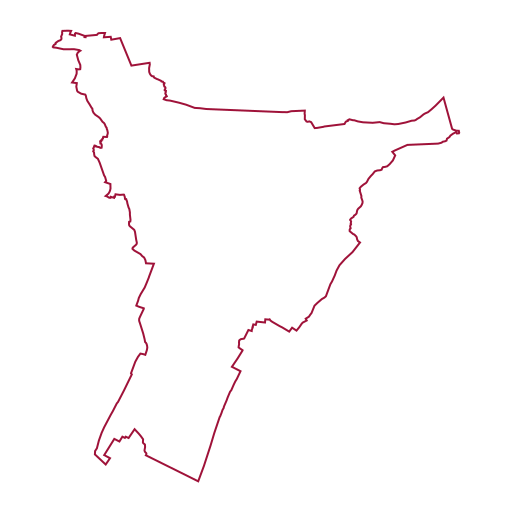 the district of Valea Mare, Dâmbovita, Romania
{"feature_id": "2599482B24926147776787", "entity_name": "Valea Mare", "entity_type": "district", "adm_level": 2, "iso_a3": "ROU", "parent_name": "Romania", "parent_adm1": "Dâmbovita", "projection": "robinson", "projection_center": [25.228, 44.784], "detail": "fine", "context": "isolated", "style": "outline", "palette": "rose", "viewbox_px": 512, "rotation_deg": 0, "n_neighbors": 0, "source": "geoboundaries", "source_scale": "gbopen_adm2", "svg_char_len": 5924}
<svg xmlns="http://www.w3.org/2000/svg" viewBox="0 0 512 512"><path d="M443.5,97.6L435.5,105.7L431.5,109.3L428.0,112.2L425.2,113.4L423.5,114.4L420.0,117.3L417.2,118.9L415.7,120.0L414.4,120.5L411.7,120.7L405.6,122.5L398.3,124.0L394.5,124.3L390.7,123.8L383.7,123.2L379.7,122.1L372.7,122.8L363.0,122.3L357.8,121.4L354.4,120.3L352.8,120.2L349.4,119.3L347.8,120.2L348.1,120.7L347.9,120.9L346.1,121.5L345.6,122.0L344.5,124.0L324.3,126.5L323.5,126.8L317.2,127.9L314.7,128.1L311.2,122.2L309.4,121.4L307.6,121.8L306.5,121.5L304.8,119.2L304.9,115.0L304.6,114.0L304.8,110.6L291.2,111.2L287.3,112.2L281.5,112.1L206.2,109.0L199.9,108.2L194.7,107.9L186.1,104.7L179.0,102.7L170.1,100.6L166.5,100.2L163.7,99.2L164.1,98.1L164.7,97.5L166.8,96.3L166.6,95.9L166.1,95.7L166.0,94.5L165.5,94.1L165.3,93.6L165.4,92.9L165.9,91.9L165.8,91.4L165.9,90.8L164.7,90.4L164.6,90.1L164.8,89.4L165.3,88.7L165.5,88.0L165.3,87.3L164.9,86.9L164.5,86.7L164.2,86.2L164.1,85.2L163.8,84.8L163.8,84.1L164.5,83.5L164.5,83.1L163.6,82.8L162.9,81.7L161.5,81.5L161.3,81.0L161.0,80.8L157.8,79.3L157.1,79.1L154.3,77.7L153.9,77.2L153.7,76.4L152.1,76.2L151.0,75.4L149.9,73.8L149.2,71.9L149.1,68.1L149.8,64.4L149.6,62.8L131.4,65.6L120.1,38.1L111.3,39.7L110.7,36.8L103.9,37.3L104.2,35.6L105.0,33.0L104.7,33.0L101.4,33.0L98.7,33.2L98.1,33.5L96.9,34.9L85.8,35.9L85.6,37.2L84.5,37.1L84.6,35.9L78.6,33.7L75.6,33.0L75.0,33.6L74.9,35.7L69.8,34.4L70.4,32.4L71.1,30.9L67.9,30.7L62.4,30.9L62.1,32.1L62.2,34.0L61.1,36.7L61.5,38.1L61.3,39.3L60.4,40.2L58.3,41.0L55.9,42.7L55.5,43.2L55.7,43.8L55.6,44.0L54.0,44.9L53.3,45.8L52.8,46.9L53.3,47.4L56.2,47.7L63.7,49.3L74.1,49.2L79.3,50.1L80.3,50.7L79.6,51.1L77.8,52.6L76.8,54.7L78.3,60.3L80.3,65.0L80.4,67.5L80.2,69.2L78.7,69.4L76.2,69.0L76.6,70.3L76.7,71.7L76.6,73.8L74.9,78.3L72.1,82.5L76.8,83.1L76.3,86.7L77.1,90.7L77.7,91.7L81.2,93.7L85.3,94.6L85.9,95.9L86.3,98.1L87.3,100.8L89.6,104.4L91.6,107.8L92.3,108.5L92.6,110.7L93.4,112.6L95.2,114.7L98.7,117.1L100.1,118.4L102.5,121.8L104.0,123.0L104.8,124.2L105.8,126.7L106.6,127.7L106.8,129.0L107.3,130.1L107.8,132.6L107.7,133.7L107.1,135.6L107.2,136.6L107.0,137.0L103.3,136.8L103.0,137.5L103.0,138.3L102.3,138.9L102.4,139.3L102.3,139.8L101.3,140.1L101.1,140.3L100.9,140.6L101.2,141.5L100.9,141.7L100.2,141.6L100.4,143.5L101.0,143.6L101.6,144.4L101.8,145.8L101.6,147.7L100.8,147.9L99.5,147.5L99.0,147.0L98.2,147.0L96.1,146.5L96.1,146.1L94.7,145.5L94.4,145.6L94.3,146.5L94.0,146.7L93.8,147.4L93.2,148.4L93.6,149.1L93.8,150.2L93.2,151.3L94.0,152.4L94.2,154.5L94.5,156.0L95.5,157.0L97.9,158.8L99.7,162.8L104.1,175.4L105.1,177.0L106.2,180.9L105.1,182.2L110.4,184.0L110.5,188.6L110.0,190.7L109.3,192.3L108.4,193.7L105.7,196.0L107.2,196.5L108.9,197.6L109.7,197.8L110.5,197.8L110.7,196.8L114.0,197.8L114.1,196.7L114.9,196.8L115.5,194.3L119.9,194.9L123.5,194.6L124.0,194.7L124.8,197.0L125.0,198.9L125.2,199.1L126.2,199.1L126.6,200.5L127.0,201.2L127.4,203.5L128.6,207.6L129.3,209.0L129.9,212.4L129.9,214.7L130.5,219.9L130.3,221.5L129.1,221.8L129.0,223.2L129.1,225.0L129.7,226.1L134.2,229.8L134.4,230.2L135.0,231.9L136.2,239.8L136.8,242.5L136.8,243.2L136.5,244.2L136.0,244.8L133.0,247.4L132.5,248.2L132.5,248.9L134.4,250.6L140.5,254.1L142.2,256.1L144.1,257.5L144.8,258.9L145.4,260.2L146.0,263.3L153.9,263.7L149.0,276.8L148.9,277.3L146.4,283.5L144.7,287.5L140.7,294.1L138.8,298.0L138.1,300.7L136.3,305.6L139.1,306.8L143.8,308.3L143.8,308.8L140.0,316.8L139.2,318.7L139.1,320.2L139.4,321.8L139.6,322.1L143.2,333.5L144.6,339.2L145.1,342.0L146.0,342.9L146.6,344.0L147.1,345.8L147.3,347.7L146.8,350.3L145.3,354.8L143.1,354.1L140.4,353.6L138.0,356.8L135.3,361.7L131.0,373.3L131.8,374.4L124.0,390.4L118.0,402.0L116.8,403.4L112.8,411.2L110.8,414.7L104.2,427.2L101.7,432.7L98.9,440.5L96.9,448.3L95.1,451.0L94.9,454.4L105.7,464.5L110.0,458.2L104.2,455.1L114.3,438.9L119.4,441.5L122.4,436.7L124.9,437.9L125.7,436.7L128.6,438.0L134.6,429.2L138.8,433.7L140.8,436.1L143.1,439.3L142.9,442.3L143.1,442.9L143.3,443.2L144.9,444.5L145.1,447.0L144.5,450.4L144.7,451.2L145.1,452.0L146.2,453.1L146.4,453.7L146.2,454.8L145.9,455.3L198.2,481.3L203.9,466.0L210.5,445.7L214.3,433.0L219.7,417.0L220.1,416.5L221.5,413.0L222.5,410.0L223.7,407.9L223.9,406.7L226.6,400.4L227.6,397.6L230.1,391.7L231.3,390.2L233.8,384.5L235.3,381.4L236.8,379.0L240.5,371.2L231.9,366.8L237.7,358.3L242.6,350.4L242.6,350.2L240.3,348.7L238.6,347.4L238.7,346.3L239.1,344.3L239.0,342.3L239.2,340.5L239.6,340.0L241.0,339.1L243.8,338.7L244.2,338.4L248.4,330.0L251.7,331.0L251.8,329.9L252.8,327.2L252.5,327.1L253.3,324.4L255.8,324.9L256.7,321.6L265.0,322.5L265.3,319.3L268.7,319.6L269.6,319.3L270.4,320.5L272.2,321.8L279.6,326.1L282.2,327.4L289.2,331.6L292.1,327.7L296.5,330.6L299.3,327.2L301.7,323.7L302.7,322.6L306.7,320.5L305.7,318.7L308.9,316.7L310.3,314.6L311.5,313.1L314.5,305.7L317.4,302.9L321.8,299.1L324.4,297.6L325.9,296.3L330.4,284.2L332.0,281.5L334.7,275.6L336.6,270.5L339.5,265.2L345.1,258.9L352.5,252.1L360.0,242.5L357.9,241.0L357.1,239.3L356.7,237.2L356.1,236.3L354.3,234.5L353.2,234.1L349.7,231.2L349.6,229.9L350.0,228.9L350.6,228.4L350.5,227.6L350.2,226.9L350.2,226.1L350.4,225.2L351.0,224.6L351.1,224.1L350.7,223.6L351.1,221.5L350.6,220.5L350.1,219.9L350.2,219.6L351.2,218.4L353.5,216.9L354.0,215.6L355.3,214.8L356.4,213.7L356.7,213.0L357.0,211.1L357.4,209.9L358.2,208.7L360.8,206.4L361.7,204.9L362.5,203.0L362.6,201.5L362.3,200.4L361.3,197.6L361.4,196.0L359.7,190.6L360.0,190.2L360.0,189.7L359.6,188.3L360.8,186.8L363.6,184.5L366.0,183.0L366.9,181.9L368.5,178.8L371.0,175.8L372.6,174.2L374.8,171.4L377.2,170.5L380.3,170.2L381.6,169.7L382.2,168.2L383.0,167.1L385.0,166.9L387.2,166.3L389.6,164.2L392.9,160.4L395.2,155.4L392.3,151.8L394.8,150.5L407.4,144.9L438.1,143.6L441.2,142.8L442.0,142.4L442.6,141.8L445.3,141.2L446.5,140.6L447.0,138.7L449.4,137.1L450.4,135.6L453.0,133.7L455.7,132.3L456.5,132.7L456.9,133.5L458.9,133.3L459.2,132.7L458.8,130.8L456.4,130.7L453.1,129.6L452.1,128.8L443.5,97.6Z" fill="none" stroke="#9f1239" stroke-width="2"/></svg>